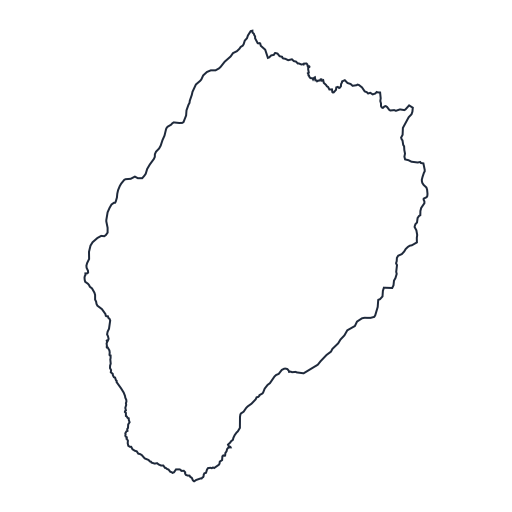 Medina, Cundinamarca, Colombia
{"feature_id": "7082276B34951383474081", "entity_name": "Medina", "entity_type": "district", "adm_level": 2, "iso_a3": "COL", "parent_name": "Colombia", "parent_adm1": "Cundinamarca", "projection": "equal_earth", "projection_center": [-73.418, 4.478], "detail": "fine", "context": "isolated", "style": "outline", "palette": "slate", "viewbox_px": 512, "rotation_deg": 0, "n_neighbors": 0, "source": "geoboundaries", "source_scale": "gbopen_adm2", "svg_char_len": 5954}
<svg xmlns="http://www.w3.org/2000/svg" viewBox="0 0 512 512"><path d="M380.1,92.5L377.7,92.4L376.7,92.0L375.3,93.5L372.7,94.4L370.3,92.8L368.1,93.5L366.8,92.2L364.7,91.4L362.0,87.4L358.9,85.0L357.5,84.6L356.6,85.2L352.6,85.8L350.6,84.0L347.5,83.0L344.8,80.2L342.1,81.4L342.0,82.4L341.1,84.0L340.9,86.3L339.7,87.8L339.1,88.0L337.8,86.9L336.3,87.4L336.0,89.8L333.7,92.4L332.9,92.5L332.3,92.0L332.0,89.4L329.4,89.5L328.1,87.0L326.9,86.3L326.0,84.9L323.8,82.9L323.2,80.2L322.0,80.7L321.5,79.3L320.6,79.3L319.9,80.6L319.0,80.4L317.1,81.3L316.7,80.5L315.4,80.4L314.9,77.3L314.2,77.7L313.1,79.5L312.5,78.3L310.4,78.1L309.2,76.6L309.0,75.6L308.5,75.4L308.3,73.9L307.9,73.2L308.8,72.6L308.2,69.6L308.2,67.4L309.3,67.1L309.4,66.5L308.9,66.1L307.7,66.1L307.3,64.4L306.5,63.5L304.0,63.6L303.6,64.5L303.0,64.2L301.4,64.5L298.7,63.4L297.8,63.5L296.0,61.6L293.8,61.1L291.9,59.3L288.2,60.2L285.3,58.8L283.1,58.4L282.4,57.7L282.1,56.8L279.6,56.2L277.5,53.6L275.4,53.0L274.9,53.1L273.8,54.9L271.2,55.4L269.2,57.4L267.9,57.9L265.2,49.7L260.8,45.8L260.2,43.5L259.7,43.1L258.8,43.4L257.7,43.2L255.1,38.3L255.1,36.4L254.3,35.2L253.9,33.8L252.5,32.5L252.4,30.7L250.7,31.1L247.9,35.5L247.0,38.2L244.8,40.6L243.6,44.3L242.7,45.7L240.7,46.9L239.4,48.8L236.9,51.2L233.0,53.1L230.6,56.5L224.7,61.7L220.6,66.9L219.0,68.4L215.6,70.3L210.9,70.3L206.9,72.0L203.2,75.4L201.3,79.5L200.2,80.8L195.9,84.5L192.5,91.8L191.8,94.9L189.8,100.7L189.5,102.9L188.5,104.7L186.5,110.3L186.1,115.5L183.5,122.1L182.2,122.9L179.3,123.0L173.7,122.4L172.2,123.4L171.1,124.7L167.8,126.6L166.8,127.6L166.1,129.0L164.5,135.6L162.5,140.1L160.7,145.6L159.1,148.5L156.0,151.7L154.9,154.2L154.8,156.9L153.9,158.9L149.8,164.5L147.2,168.9L145.7,173.8L144.3,175.8L142.2,178.2L137.8,178.2L134.9,176.6L130.7,178.8L125.6,179.2L124.3,179.8L121.2,183.6L119.8,186.0L118.1,190.1L117.3,193.6L116.9,197.6L115.7,201.7L115.0,202.8L113.9,202.8L111.5,204.5L109.6,207.8L107.6,212.3L106.3,220.1L106.3,221.4L107.6,227.8L107.6,232.6L105.9,235.0L104.3,236.2L101.2,235.9L97.4,238.0L92.6,242.2L90.5,245.6L89.0,251.8L89.1,259.0L87.1,263.1L86.4,265.7L86.6,267.8L88.0,270.8L88.1,272.6L87.1,273.4L85.4,273.4L85.4,275.1L84.8,276.1L84.5,277.7L84.7,279.9L85.2,281.8L88.0,283.8L89.2,285.3L89.8,286.7L92.0,288.4L94.4,292.6L95.1,294.9L95.1,299.6L96.1,301.6L96.5,303.9L97.4,305.7L101.9,309.1L105.4,314.0L105.8,315.8L106.3,316.2L107.9,316.3L108.4,317.9L109.5,318.8L110.2,320.5L109.0,328.8L107.6,331.7L107.1,334.4L108.0,336.3L108.6,338.9L107.9,340.6L107.0,340.4L106.7,340.7L107.2,341.9L106.6,343.4L106.9,345.9L106.7,347.1L107.0,347.6L107.7,347.5L109.4,350.4L109.7,352.4L109.5,354.9L109.7,355.3L110.6,355.5L110.6,358.0L110.3,359.4L110.7,363.6L110.1,365.6L110.0,368.1L111.1,370.1L110.8,372.3L112.7,373.8L112.9,375.3L113.9,377.2L115.1,377.6L115.9,380.2L116.7,380.9L116.6,382.1L121.1,388.4L123.7,392.6L125.0,395.9L125.3,397.7L126.3,399.9L126.4,401.7L125.9,403.2L126.2,404.9L125.3,407.9L125.9,410.4L125.0,411.2L124.9,412.0L125.9,412.9L125.9,416.0L126.8,416.5L127.6,417.9L128.7,418.3L128.8,420.0L129.6,422.2L128.2,424.4L128.0,427.9L127.2,429.1L127.5,430.9L126.4,431.4L125.3,433.3L125.6,434.3L125.3,435.3L125.6,436.5L126.8,437.3L126.5,438.8L127.0,439.1L127.9,440.7L127.7,443.2L128.3,445.8L129.9,446.8L131.2,446.8L132.5,449.3L134.9,450.8L136.7,451.3L138.3,453.7L139.9,454.0L141.7,455.0L144.7,458.4L148.6,460.0L149.8,461.4L151.0,461.7L151.5,462.6L154.7,463.6L157.1,463.2L158.7,464.5L161.0,465.5L163.3,465.5L165.0,467.9L165.7,467.9L167.2,469.1L168.5,469.5L170.3,471.8L171.7,472.2L172.5,472.9L174.0,472.3L176.0,469.4L179.6,469.4L180.5,469.8L181.4,470.9L183.8,470.8L185.2,472.3L185.1,473.6L185.9,474.9L187.8,475.6L189.5,475.6L190.5,477.2L191.3,477.4L191.9,478.0L192.8,480.2L193.8,481.2L194.2,481.3L196.1,480.0L200.7,478.4L201.6,478.5L202.4,477.5L203.2,477.1L203.6,476.1L203.7,474.7L204.4,473.3L206.0,472.8L207.0,469.6L208.0,468.1L210.5,467.8L211.8,468.2L213.0,467.5L214.2,468.0L218.8,464.8L219.5,463.7L219.8,461.6L222.1,460.1L222.4,456.3L223.3,455.4L224.2,455.8L225.1,455.6L225.4,452.9L226.5,451.4L227.1,449.1L227.8,448.2L228.6,447.5L230.6,447.4L230.3,446.8L228.7,446.2L228.0,444.6L230.4,442.4L230.8,441.5L232.9,439.8L233.4,437.8L234.7,435.1L236.6,432.5L237.8,431.4L239.9,427.9L240.0,416.8L240.4,414.4L240.9,413.5L243.6,411.7L246.2,407.9L247.7,406.4L251.5,403.7L253.8,401.3L255.7,399.3L256.6,397.3L258.3,396.9L259.4,395.7L259.5,395.1L262.4,393.5L263.1,392.6L264.7,388.6L267.6,384.9L269.9,383.2L274.5,376.5L276.1,375.0L278.7,373.9L281.8,369.9L284.2,368.7L285.6,368.6L287.4,369.1L288.8,370.8L289.1,371.9L290.6,371.6L292.1,372.2L295.7,371.9L296.7,372.4L303.6,373.3L317.8,364.7L320.5,361.3L326.6,354.9L331.0,351.6L332.4,348.9L338.2,343.3L340.5,339.5L344.4,335.4L347.3,330.3L354.9,326.0L357.0,321.6L362.0,318.3L364.4,317.8L370.4,317.9L374.2,316.9L375.2,315.4L377.7,307.0L378.2,300.2L378.3,299.8L380.0,299.2L382.5,296.4L382.9,290.8L383.9,287.7L392.2,288.0L393.5,285.3L394.0,280.6L395.4,278.2L396.7,273.9L396.2,271.8L397.0,265.1L396.1,263.4L396.2,262.7L396.7,261.2L396.9,257.9L397.4,257.0L398.2,255.7L401.8,254.1L404.2,251.5L405.7,249.0L407.9,246.9L409.8,245.7L411.8,245.3L416.9,242.4L416.8,237.9L417.2,235.0L416.4,230.4L414.6,227.0L414.7,226.3L415.4,224.2L417.0,222.5L417.6,218.0L419.0,216.0L420.3,215.2L420.4,211.0L421.2,207.9L424.4,203.2L424.4,201.4L423.6,199.7L423.7,198.6L426.6,197.2L427.3,196.0L427.5,193.9L427.1,189.7L426.4,187.5L423.6,184.9L422.3,182.9L421.9,181.3L421.8,179.8L422.5,177.0L423.9,172.8L424.7,171.3L424.7,169.8L423.4,163.4L420.9,163.0L420.2,162.0L417.7,162.5L411.4,161.7L408.5,160.2L405.1,159.4L404.4,156.7L405.0,153.6L404.3,150.0L404.1,146.3L403.2,144.9L402.5,140.4L401.7,139.4L401.1,137.6L402.6,134.8L402.9,127.9L408.7,117.2L411.5,114.3L412.4,111.7L412.8,107.7L409.1,105.4L405.5,109.4L404.4,110.1L400.0,109.4L395.9,110.8L394.2,110.1L390.3,110.5L389.2,109.8L387.1,107.0L385.7,106.1L384.5,106.4L382.9,107.9L382.3,107.8L381.6,107.2L381.0,106.0L381.0,103.5L380.3,101.0L380.7,98.3L380.1,92.5Z" fill="none" stroke="#1e293b" stroke-width="2"/></svg>